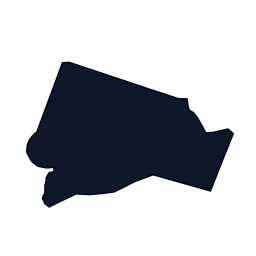 an SVG outline of Borkou, rotated 82°
{"feature_id": "TCD-5577", "entity_name": "Borkou", "entity_type": "Préfecture", "adm_level": 1, "iso_a3": "TCD", "parent_name": "Chad", "parent_adm1": "", "projection": "robinson", "projection_center": [18.999, 18.69], "detail": "fine", "context": "isolated", "style": "filled", "palette": "ink", "viewbox_px": 256, "rotation_deg": 82, "n_neighbors": 0, "source": "natural_earth", "source_scale": "10m", "svg_char_len": 1425}
<svg xmlns="http://www.w3.org/2000/svg" viewBox="0 0 256 256"><g transform="rotate(82 128 128)"><path d="M155.5,28.8L158.3,30.3L161.6,32.2L165.0,34.2L168.3,36.1L171.6,38.0L175.0,39.9L178.3,41.8L181.7,43.7L185.0,45.6L188.4,47.5L191.7,49.4L195.1,51.3L198.4,53.2L201.8,55.1L177.8,109.6L181.8,128.1L189.3,150.5L189.3,161.4L188.6,175.3L186.0,188.4L192.8,210.0L195.2,217.0L191.0,221.1L188.5,221.5L187.5,222.0L186.1,222.4L186.0,222.5L185.8,222.5L185.4,222.3L182.8,220.9L181.4,219.8L180.9,219.5L180.0,219.2L177.8,218.9L174.1,218.4L172.7,218.0L171.6,217.4L168.3,216.3L166.1,215.9L165.7,215.7L162.1,213.1L161.7,212.7L161.5,212.3L161.4,212.1L161.4,211.9L161.0,209.0L160.9,208.3L160.8,208.2L160.6,207.9L160.3,207.6L160.0,207.4L159.8,207.3L158.9,207.0L158.6,207.0L158.4,207.0L157.9,207.1L157.6,207.1L157.4,207.0L157.0,206.5L156.7,206.4L156.4,206.5L156.5,209.8L156.2,213.6L156.2,214.0L154.1,220.5L153.3,222.3L151.8,224.2L148.7,227.1L147.6,227.9L144.8,229.3L139.4,231.2L138.6,231.4L136.3,231.4L130.6,229.9L128.9,229.1L125.5,226.8L123.0,224.1L120.7,221.2L119.5,219.1L119.2,218.9L118.9,218.6L87.0,201.4L54.7,184.0L54.2,183.8L54.3,183.5L54.4,182.7L54.5,181.2L54.6,179.8L54.7,178.4L54.9,177.0L76.3,134.0L91.3,103.9L106.0,74.0L107.4,65.5L115.4,65.5L118.8,64.8L122.1,60.9L127.5,57.8L137.5,53.9L143.6,51.6L144.2,44.7L143.6,36.9L142.9,29.2L148.3,24.6L151.6,26.5L154.9,28.4L155.5,28.8Z" fill="#0f172a" stroke="#020617" stroke-width="1.5"/></g></svg>